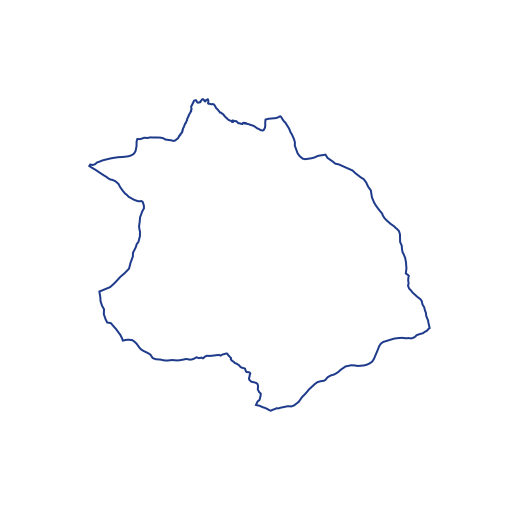 the district of Semonkong, Maseru, Lesotho, rotated 21°
{"feature_id": "5366337B2664328548096", "entity_name": "Semonkong", "entity_type": "district", "adm_level": 2, "iso_a3": "LSO", "parent_name": "Lesotho", "parent_adm1": "Maseru", "projection": "robinson", "projection_center": [28.034, -29.842], "detail": "fine", "context": "isolated", "style": "outline", "palette": "blue", "viewbox_px": 512, "rotation_deg": 21, "n_neighbors": 0, "source": "geoboundaries", "source_scale": "gbopen_adm2", "svg_char_len": 6131}
<svg xmlns="http://www.w3.org/2000/svg" viewBox="0 0 512 512"><g transform="rotate(21 256 256)"><path d="M130.9,337.4L122.5,345.3L125.6,350.6L127.1,354.0L130.2,357.7L133.2,360.2L134.8,364.9L138.2,368.9L140.9,371.4L144.6,370.7L147.9,372.5L151.6,374.4L154.3,376.2L157.4,378.1L160.5,380.9L162.0,382.7L164.4,381.1L166.8,379.9L170.5,378.9L173.2,379.5L176.0,380.7L179.3,382.9L182.1,384.4L185.4,385.0L189.7,385.3L192.7,385.9L196.1,388.3L199.4,388.3L203.7,387.0L207.6,386.4L210.7,385.4L214.9,383.2L219.4,381.9L221.5,381.0L226.2,378.2L227.5,377.2L231.6,376.4L233.3,375.5L234.8,374.2L235.7,373.2L236.7,371.9L239.3,371.8L241.6,370.4L243.0,370.6L243.5,370.2L244.1,368.7L244.6,368.0L246.0,366.7L247.8,366.2L248.1,366.0L250.2,365.2L251.0,364.6L252.6,363.9L254.8,362.6L255.9,362.2L257.0,361.6L258.6,361.7L260.0,360.0L263.3,357.6L264.2,357.5L265.4,358.4L269.3,360.3L269.6,361.6L271.3,362.4L273.2,362.8L274.5,363.5L276.8,363.5L279.3,364.1L281.6,365.3L283.3,365.3L284.8,365.1L286.1,365.1L287.9,367.3L288.8,367.7L290.8,367.1L292.0,367.1L292.8,367.8L292.8,369.5L293.2,371.1L293.2,372.5L294.0,373.9L296.6,375.0L298.3,374.8L300.0,374.5L301.8,374.5L303.0,374.8L304.3,376.2L304.9,377.7L305.1,378.8L305.6,380.1L308.0,382.1L309.7,382.7L310.2,384.1L310.8,387.8L310.7,389.6L310.0,390.4L309.5,392.1L309.4,395.1L313.5,394.5L316.1,394.8L318.5,394.6L320.9,394.7L323.4,395.1L325.3,395.1L326.9,393.4L328.4,392.2L329.7,390.8L331.4,390.3L334.2,388.2L336.1,387.1L337.3,386.2L339.5,384.9L343.0,383.7L345.2,381.7L348.1,376.9L349.7,370.8L351.0,368.0L352.3,364.6L353.4,361.3L356.9,354.3L358.6,351.7L361.6,349.5L364.2,348.1L365.3,346.6L366.2,343.7L368.4,340.9L371.4,338.6L372.8,337.0L374.5,334.6L375.7,332.1L379.2,327.0L384.0,323.9L387.0,322.9L390.4,322.2L395.6,319.7L397.3,318.6L398.9,317.3L400.6,315.5L402.3,313.0L403.0,309.8L403.3,299.8L403.3,296.2L403.9,293.3L405.4,290.8L412.4,285.3L414.9,283.4L418.5,281.5L421.6,280.1L426.0,278.9L427.9,277.9L429.9,277.5L430.8,277.1L431.9,276.2L433.0,275.0L433.7,273.9L434.3,272.4L437.2,269.9L439.4,268.4L441.0,266.0L442.2,264.8L443.4,261.8L443.9,261.1L442.9,259.5L441.0,256.7L439.8,254.6L436.5,251.1L435.0,248.2L433.1,246.1L431.5,243.7L428.8,241.6L427.0,238.8L425.0,237.4L422.8,236.8L420.1,235.9L415.3,234.0L413.1,232.7L410.6,231.5L408.6,229.3L408.2,226.7L406.9,224.4L406.4,223.0L405.9,221.0L405.8,219.8L404.9,219.3L402.1,218.6L400.9,213.7L398.4,208.4L396.0,204.4L393.1,201.3L391.5,200.0L389.8,197.2L388.4,194.2L385.5,191.2L382.6,184.1L380.5,181.5L378.1,180.3L376.2,179.7L374.6,178.9L370.3,177.8L366.4,176.4L362.7,174.8L360.6,173.3L359.4,172.3L358.9,171.4L354.0,168.6L350.1,166.1L347.1,163.8L343.4,159.9L341.5,156.8L339.8,153.7L336.0,151.2L332.3,147.7L328.9,145.6L325.8,145.1L318.8,143.0L315.6,141.6L300.2,140.8L297.1,141.4L293.7,140.3L287.6,138.8L284.6,136.5L278.1,140.2L275.1,143.2L272.9,144.8L267.2,148.0L264.7,148.4L261.1,147.2L258.1,145.3L252.7,139.1L251.7,136.2L249.8,133.5L245.9,129.6L244.2,128.4L241.1,125.1L235.4,120.8L234.1,120.4L232.1,119.1L229.9,117.4L228.9,116.9L228.5,116.9L227.7,117.7L227.1,118.5L225.2,120.1L218.5,123.4L216.0,125.2L216.7,127.9L217.9,130.9L218.4,133.0L218.0,135.8L217.2,136.5L215.3,136.8L212.9,136.4L211.4,136.4L207.6,135.4L205.7,135.4L204.1,135.6L202.4,135.5L200.2,135.9L199.5,135.6L198.9,135.5L198.6,135.6L198.7,135.8L198.9,135.9L198.9,136.0L198.3,136.3L198.1,136.2L197.8,136.3L197.3,135.9L196.6,136.1L196.2,136.4L196.1,136.9L196.1,137.3L196.0,137.7L195.2,137.8L194.2,138.0L193.6,137.9L193.4,138.0L192.6,138.1L191.9,138.4L190.6,137.7L189.3,137.2L188.8,137.3L188.4,137.6L187.9,137.6L187.1,137.9L186.2,137.7L185.8,137.8L185.8,138.0L186.0,138.5L186.6,138.8L186.6,139.0L185.8,139.4L185.7,139.2L185.1,139.0L184.5,138.7L182.9,138.9L181.5,138.7L180.5,138.5L179.9,138.0L177.8,137.3L176.2,136.4L175.4,136.1L175.3,135.8L174.6,135.4L174.1,135.3L173.4,135.3L173.2,135.1L172.0,134.7L171.3,135.0L171.0,135.0L170.7,134.7L168.7,133.6L168.0,133.1L166.5,132.5L165.6,132.1L164.0,130.6L162.6,129.7L162.1,129.6L161.1,129.7L160.7,129.8L160.3,130.3L160.0,130.4L158.2,130.5L157.1,130.9L156.6,130.7L156.4,130.2L156.4,129.9L156.0,128.4L155.3,127.4L154.8,127.0L154.6,127.2L153.9,128.1L153.6,128.3L153.4,128.7L153.3,129.3L153.4,129.7L153.3,129.8L152.7,129.9L152.3,129.7L151.6,129.0L150.3,128.6L149.7,128.9L149.4,129.6L149.2,130.6L148.9,131.1L148.9,131.8L148.7,131.8L148.6,132.6L148.3,132.8L147.9,133.0L147.4,133.4L146.5,133.7L146.1,133.6L144.2,132.1L143.8,132.2L143.4,132.5L142.7,133.0L142.5,133.3L142.4,134.2L142.5,134.7L142.2,136.0L142.4,136.4L142.1,137.5L142.2,138.0L141.9,139.3L142.2,140.5L143.1,141.7L143.3,142.4L143.3,142.7L143.0,143.3L143.5,144.1L143.3,144.3L143.3,144.7L143.3,145.1L143.4,145.3L143.0,146.9L142.9,148.0L142.7,148.6L142.8,149.0L143.0,149.3L142.7,150.8L142.8,151.3L142.6,152.9L142.9,153.6L142.8,154.9L142.8,156.7L142.7,157.4L142.3,157.8L142.4,159.1L142.4,161.7L142.2,162.9L142.3,163.8L142.2,164.6L142.6,165.2L142.4,165.6L142.5,166.2L142.7,166.6L142.4,167.1L142.6,167.4L141.7,169.5L141.8,169.8L142.0,169.8L142.0,170.0L141.6,170.4L141.4,171.0L141.5,171.3L141.2,171.7L141.3,172.1L141.0,173.2L141.1,173.6L141.0,174.1L140.3,175.1L139.3,176.9L138.9,177.2L138.6,177.7L137.3,178.2L134.7,178.5L132.5,179.1L129.6,179.7L128.9,179.6L128.0,179.4L126.8,179.3L124.1,179.8L121.8,180.6L120.0,181.3L119.1,181.5L118.0,182.1L114.9,183.1L112.4,184.7L109.2,185.7L106.8,187.8L105.2,188.7L103.3,189.3L103.5,191.9L105.1,196.3L105.9,200.9L105.7,202.9L105.1,204.8L103.3,206.9L101.6,208.3L99.6,209.5L95.1,211.8L92.4,212.9L88.3,215.2L85.3,217.0L79.9,220.7L77.8,222.3L76.1,224.0L74.2,225.5L72.7,228.2L70.8,229.6L68.5,230.0L68.1,231.7L70.8,232.3L75.5,233.1L79.7,234.1L85.8,235.4L88.4,235.8L89.4,236.3L92.5,236.8L94.7,236.4L98.0,236.6L101.8,238.0L104.4,240.3L108.5,243.0L111.4,244.6L113.8,245.3L115.7,246.3L121.7,247.2L123.9,247.2L126.1,247.1L127.6,246.7L129.2,245.8L130.7,246.0L133.2,249.0L133.7,250.2L134.3,251.6L134.1,253.0L133.8,255.5L133.9,259.3L133.9,261.4L135.2,265.9L136.2,270.3L137.9,273.3L139.2,275.2L139.7,277.1L140.5,278.8L141.2,285.1L140.4,287.4L140.6,291.1L140.0,297.1L141.2,300.5L141.3,307.4L142.0,313.3L139.3,319.6L136.9,323.9L133.9,331.5L132.4,334.6L130.9,337.4Z" fill="none" stroke="#1e3a8a" stroke-width="2"/></g></svg>